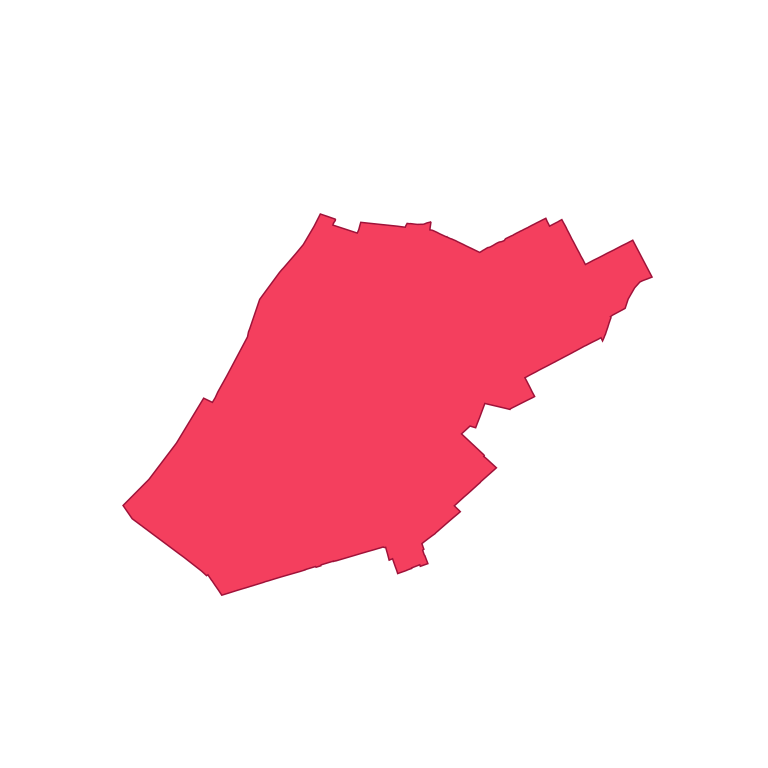 Giurgiu, Giurgiu, Romania, rotated 154°
{"feature_id": "2599482B32840692607101", "entity_name": "Giurgiu", "entity_type": "district", "adm_level": 2, "iso_a3": "ROU", "parent_name": "Romania", "parent_adm1": "Giurgiu", "projection": "robinson", "projection_center": [25.939, 43.898], "detail": "fine", "context": "isolated", "style": "filled", "palette": "rose", "viewbox_px": 768, "rotation_deg": 154, "n_neighbors": 0, "source": "geoboundaries", "source_scale": "gbopen_adm2", "svg_char_len": 5052}
<svg xmlns="http://www.w3.org/2000/svg" viewBox="0 0 768 768"><g transform="rotate(154 384 384)"><path d="M366.7,564.7L377.7,556.4L378.9,555.6L395.4,544.7L406.2,539.8L423.7,532.3L425.8,531.5L429.0,530.1L458.6,514.6L478.8,494.2L479.6,493.4L480.6,492.4L482.9,490.3L486.0,486.2L521.6,460.3L536.7,449.8L541.7,445.7L546.3,442.7L552.3,450.3L596.4,421.9L637.1,401.3L671.8,389.2L669.4,373.3L642.4,320.9L639.9,316.2L630.1,296.1L630.0,295.9L628.7,292.6L627.5,289.5L625.9,289.7L625.0,283.0L624.8,282.5L624.1,277.3L623.1,270.9L622.4,265.3L615.3,264.2L606.5,262.9L585.4,259.5L579.0,258.5L577.4,258.4L574.3,257.8L568.4,256.9L562.8,256.0L558.1,255.2L546.7,253.2L543.9,252.7L541.7,252.3L536.3,251.5L536.2,251.7L535.4,251.5L535.0,251.5L525.6,250.0L525.4,249.1L520.4,248.3L520.1,248.8L519.7,249.0L507.2,247.0L507.3,246.7L504.8,246.3L504.8,246.1L485.2,242.8L478.5,241.7L475.1,241.1L472.1,240.6L469.4,240.1L465.5,239.4L461.8,238.8L460.2,238.5L457.8,238.1L457.3,238.1L456.8,238.0L456.6,237.9L456.3,237.8L456.1,237.6L455.9,237.6L455.8,237.4L455.7,237.3L455.5,237.1L455.3,236.9L455.1,236.7L454.1,236.5L454.8,232.7L455.3,229.8L456.0,226.4L456.4,224.4L456.5,224.1L456.6,223.4L455.8,223.3L455.3,223.4L454.6,223.3L453.7,223.2L452.9,223.2L453.5,218.5L454.0,214.2L454.2,211.9L454.4,210.3L454.8,207.6L452.9,207.4L447.7,206.8L445.9,206.6L445.1,206.6L443.4,206.5L440.0,206.1L439.9,206.6L432.8,206.0L431.1,205.9L431.3,204.2L425.8,203.6L423.3,203.3L423.2,204.2L422.9,207.8L422.6,211.0L422.5,212.0L422.7,212.4L422.7,213.1L422.5,214.7L422.3,216.3L422.2,217.1L422.1,217.7L420.6,218.0L420.4,220.0L419.9,223.9L417.9,224.4L412.6,225.5L407.3,226.5L403.7,227.1L402.8,227.5L397.3,229.0L390.6,230.8L385.4,232.2L379.6,233.7L374.3,235.0L371.4,235.8L372.1,237.9L373.3,241.1L374.2,243.7L368.1,245.5L362.0,247.3L356.3,248.8L351.1,250.3L349.4,250.8L345.0,252.1L342.5,252.8L340.6,253.3L340.1,253.6L339.8,253.8L319.7,259.4L324.9,272.6L326.1,275.1L325.3,275.5L325.3,276.5L336.0,304.6L336.2,305.2L325.1,308.5L320.8,304.5L317.1,308.0L312.5,312.2L301.9,322.3L286.1,309.4L281.9,305.9L281.3,306.3L281.1,306.3L278.6,306.4L276.2,306.4L270.2,306.5L262.4,306.6L257.0,306.6L254.1,306.7L254.1,307.4L254.2,309.8L254.3,312.3L254.3,316.5L254.4,321.3L254.5,325.7L254.6,327.9L253.4,327.9L249.8,328.1L247.2,328.2L242.2,328.3L238.7,328.5L235.0,328.6L228.8,328.7L228.2,328.8L228.0,328.7L226.5,328.8L219.4,329.0L216.2,329.1L210.3,329.3L206.2,329.4L200.2,329.6L199.1,329.7L198.0,329.7L197.6,329.7L187.3,330.2L185.7,330.1L182.7,330.2L178.0,330.3L176.0,330.3L174.5,330.3L172.9,330.3L170.3,330.4L168.7,330.5L168.7,326.9L167.1,328.2L165.5,329.6L164.9,330.2L164.3,330.8L163.8,331.1L163.4,331.4L161.1,333.8L159.6,335.3L157.7,337.2L157.1,337.9L156.4,338.6L155.5,339.6L153.8,341.3L152.0,343.1L151.1,343.9L150.9,344.2L150.8,344.5L150.9,344.9L151.0,345.2L148.5,345.7L145.9,345.8L134.1,346.3L127.3,353.3L116.5,360.6L109.3,363.5L106.3,363.5L96.2,362.6L97.4,404.2L99.8,404.1L101.2,404.1L103.6,404.0L106.3,404.0L109.6,404.0L113.1,403.9L116.7,403.8L118.6,403.7L122.5,403.7L126.4,403.7L131.1,403.5L136.2,403.4L137.7,403.4L142.0,403.4L144.1,403.3L147.6,403.2L150.6,403.1L150.7,406.1L150.7,408.5L151.0,412.6L151.0,415.9L151.2,420.4L151.3,424.5L151.4,428.5L151.6,432.2L151.6,436.0L151.7,440.4L151.8,442.2L151.7,444.6L151.8,447.3L152.0,450.7L152.1,453.8L154.7,453.7L156.7,453.5L158.6,453.5L162.5,453.4L166.0,453.3L166.0,455.9L166.1,458.7L166.0,460.1L165.9,461.8L165.9,462.0L167.5,462.0L169.9,462.0L173.3,461.9L176.0,461.9L178.9,461.8L181.5,461.8L183.9,461.7L184.9,461.7L185.4,461.6L185.8,461.6L186.2,461.5L186.8,461.6L187.9,461.6L189.1,461.6L190.9,461.6L192.6,461.5L194.4,461.6L196.0,461.5L197.7,461.5L198.9,461.5L200.3,461.4L201.4,461.4L202.1,461.3L202.8,461.2L203.4,461.2L204.8,461.3L206.6,461.3L209.1,461.3L210.6,461.3L211.2,461.2L211.5,461.1L211.9,460.9L212.4,460.5L212.8,460.3L213.4,460.2L214.3,460.3L215.2,460.3L216.7,460.6L217.9,461.0L218.8,461.1L219.6,461.1L221.3,461.1L222.5,461.0L223.6,460.9L224.6,460.8L225.7,460.7L226.6,460.7L227.9,460.6L229.3,460.7L230.0,460.8L230.4,461.0L230.8,461.1L231.5,461.1L232.8,461.0L234.7,460.8L236.7,460.7L237.5,460.6L237.9,460.5L240.3,460.3L242.2,462.7L243.7,464.6L244.7,465.9L246.0,467.6L247.1,468.9L248.2,470.3L249.8,472.3L251.5,474.6L253.1,476.6L253.5,477.1L254.2,478.0L254.8,478.8L255.3,479.3L255.9,480.2L256.4,480.9L257.3,482.0L258.7,483.6L259.5,484.6L260.7,485.7L261.8,487.1L262.7,488.2L262.9,488.5L262.9,488.8L263.3,488.8L263.8,489.3L265.0,490.8L266.3,492.4L268.1,494.6L270.0,497.2L272.2,499.9L273.3,501.1L274.2,501.7L274.7,502.1L275.2,502.4L274.2,504.0L271.0,508.7L271.2,509.3L271.9,509.3L273.0,509.6L275.1,510.0L277.0,510.1L278.1,510.2L279.3,510.6L280.9,511.4L284.0,512.8L285.8,513.9L289.8,516.5L291.0,517.0L292.8,518.2L295.1,516.6L296.2,515.6L303.0,520.1L328.0,535.7L334.0,539.5L336.5,536.7L339.0,533.8L341.1,532.0L341.9,531.4L349.1,538.4L358.9,547.9L360.2,549.1L360.0,549.3L359.9,549.7L359.7,550.0L359.0,550.4L358.8,550.6L358.6,551.0L358.1,551.2L357.1,551.7L356.3,552.2L355.8,552.7L355.6,553.0L355.7,553.3L355.6,553.6L366.7,564.7Z" fill="#f43f5e" stroke="#9f1239" stroke-width="1.5"/></g></svg>